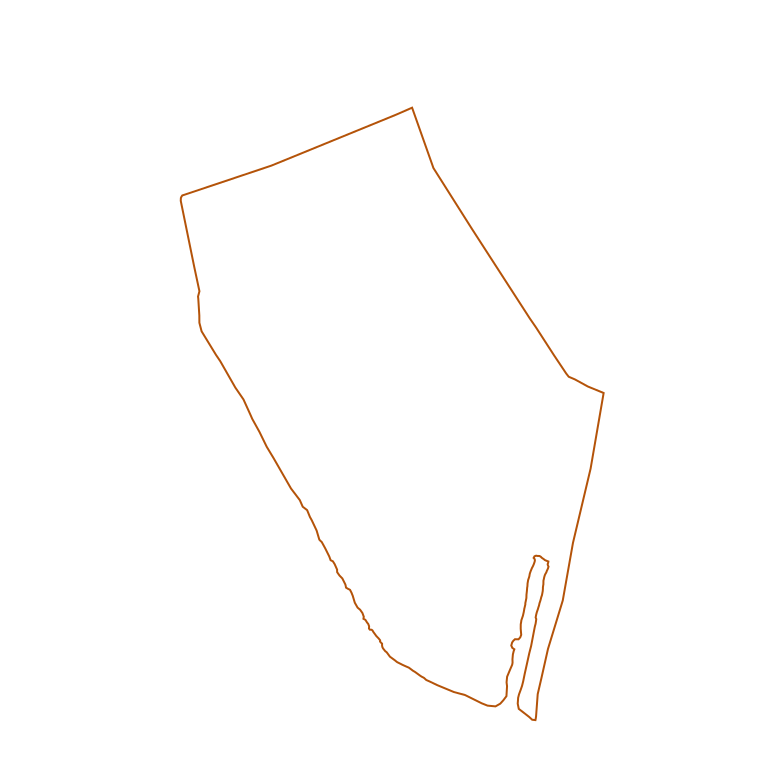 the district of Al-Dawahy, Bur Sa`id, Egypt, rotated 19°
{"feature_id": "37247803B10876030245945", "entity_name": "Al-Dawahy", "entity_type": "district", "adm_level": 2, "iso_a3": "EGY", "parent_name": "Egypt", "parent_adm1": "Bur Sa`id", "projection": "equal_earth", "projection_center": [32.286, 31.246], "detail": "fine", "context": "isolated", "style": "outline", "palette": "amber", "viewbox_px": 768, "rotation_deg": 19, "n_neighbors": 0, "source": "geoboundaries", "source_scale": "gbopen_adm2", "svg_char_len": 3645}
<svg xmlns="http://www.w3.org/2000/svg" viewBox="0 0 768 768"><g transform="rotate(19 384 384)"><path d="M469.5,250.2L416.5,208.6L360.4,163.7L359.3,162.3L358.2,160.9L320.6,113.6L308.0,125.2L206.4,214.2L181.4,233.4L131.9,271.4L131.5,272.9L131.4,274.3L132.2,277.0L166.3,334.8L179.3,356.4L179.7,361.9L180.4,363.3L181.0,364.7L187.1,379.4L189.5,386.2L194.4,393.6L215.7,411.2L221.7,415.7L244.6,435.8L256.2,444.4L267.1,455.9L270.8,459.9L281.9,469.9L293.5,481.5L303.9,490.2L330.1,513.1L342.2,521.2L347.1,526.5L352.4,528.3L357.4,534.0L358.8,535.2L360.2,536.5L368.0,544.5L373.5,552.2L375.0,553.0L376.6,553.7L382.0,558.6L388.4,564.9L390.9,568.0L392.7,568.2L393.4,568.3L396.0,570.4L400.1,574.8L400.5,576.0L401.0,577.2L404.3,579.6L406.1,580.5L407.9,581.4L412.8,586.2L413.6,587.5L414.4,588.9L416.7,589.4L417.8,589.5L418.9,589.7L421.3,592.0L422.3,593.2L423.3,594.3L427.6,600.3L431.8,604.0L433.3,604.6L434.9,605.2L438.2,607.6L440.7,610.7L440.7,611.0L441.0,612.7L442.8,613.0L443.1,613.0L445.0,614.5L445.3,614.8L446.2,615.4L447.1,615.9L448.2,617.2L448.8,617.9L449.4,620.1L450.6,620.9L451.9,620.5L452.3,620.4L453.4,620.8L454.5,621.8L456.5,623.2L457.4,623.8L458.6,624.7L460.0,625.4L460.3,625.6L461.6,626.2L463.8,627.6L464.0,628.3L464.1,628.8L465.5,629.6L466.7,630.1L467.4,632.1L468.3,633.5L469.3,634.4L472.3,636.3L473.1,636.5L473.9,636.8L478.4,639.9L484.5,641.8L485.8,642.3L487.0,642.7L491.5,643.3L492.1,643.4L492.8,643.5L497.0,643.9L498.4,644.0L499.8,644.1L503.6,645.3L504.4,645.6L505.8,645.9L507.2,646.2L509.5,646.9L513.4,648.1L515.1,648.5L516.0,648.6L517.6,648.9L520.3,650.1L523.8,650.4L532.5,651.4L550.5,652.5L561.9,651.7L579.7,654.0L580.1,654.1L580.6,654.1L586.6,654.4L594.4,652.5L598.0,648.4L598.9,646.3L599.8,644.2L601.4,639.3L598.7,629.6L597.8,627.8L597.0,626.1L595.7,620.7L596.2,612.9L596.6,607.7L596.3,605.7L595.6,603.8L595.1,602.5L593.9,597.7L593.7,595.5L593.6,594.6L593.6,592.4L591.2,591.7L590.4,590.8L589.5,589.9L589.3,586.7L589.9,584.6L591.0,582.6L591.6,582.5L594.3,581.6L595.3,579.2L595.4,576.5L594.2,573.8L592.9,570.8L591.5,566.6L591.2,564.6L590.8,562.6L590.8,559.4L590.8,557.9L590.4,554.2L589.9,551.1L589.8,550.8L589.8,550.3L589.4,546.4L589.1,545.6L588.9,544.7L588.8,543.7L588.3,540.0L587.8,538.4L587.3,536.8L586.5,533.2L585.7,530.1L585.6,529.6L585.5,528.8L585.1,527.3L584.7,526.0L584.1,522.3L584.1,520.3L584.1,519.9L584.0,518.1L583.9,517.8L583.6,515.8L583.6,513.5L583.7,511.6L583.8,509.8L584.1,508.0L584.2,506.9L584.3,505.5L584.3,502.9L584.0,501.3L583.7,501.0L583.0,500.1L582.1,499.7L582.4,497.9L583.7,496.8L584.8,496.7L587.0,496.0L588.5,496.3L589.1,496.6L589.4,496.8L590.6,497.2L591.8,497.5L592.9,497.9L593.4,498.1L594.6,498.2L597.2,498.3L597.4,499.4L597.4,500.6L597.4,501.1L598.1,502.2L599.0,503.1L599.1,505.0L599.0,506.2L598.9,507.0L598.8,507.8L598.8,509.3L598.4,511.3L598.3,512.5L598.4,514.7L598.6,516.1L598.8,518.1L599.6,520.5L600.0,521.8L600.0,522.1L600.4,524.2L600.5,524.7L600.9,525.8L601.5,528.1L602.1,532.1L602.1,534.4L602.3,536.6L602.4,538.5L602.4,538.9L602.4,540.6L602.6,542.2L602.7,543.2L602.7,544.3L602.7,545.0L602.8,546.4L602.8,550.2L603.0,552.6L603.4,555.4L603.9,556.0L604.5,556.7L605.0,559.2L605.4,561.4L605.5,563.0L605.6,564.2L605.8,565.7L608.4,583.8L609.0,591.2L610.2,601.6L611.4,612.2L612.4,619.8L612.8,624.5L612.8,626.6L612.8,628.6L612.7,633.5L613.0,637.1L613.3,638.1L614.5,642.7L617.2,647.3L623.4,649.4L629.8,651.6L631.6,652.4L633.4,653.2L636.6,652.5L636.4,651.0L636.0,648.8L630.3,627.2L628.6,610.9L625.3,581.1L623.5,530.5L614.4,472.7L606.9,396.8L594.6,321.0L577.5,320.0L563.0,317.5L556.3,317.0L554.6,315.9L552.9,314.8L535.4,301.5L509.4,281.1L500.6,274.6L469.5,250.2Z" fill="none" stroke="#b45309" stroke-width="2"/></g></svg>